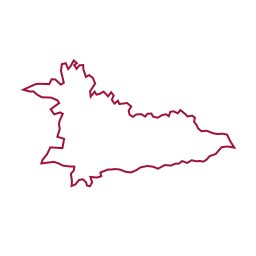 the district of Pinhal de São Bento, Paraná, Brazil, rotated 5°
{"feature_id": "56859067B18957785190727", "entity_name": "Pinhal de São Bento", "entity_type": "district", "adm_level": 2, "iso_a3": "BRA", "parent_name": "Brazil", "parent_adm1": "Paraná", "projection": "robinson", "projection_center": [-53.481, -26.012], "detail": "fine", "context": "isolated", "style": "outline", "palette": "rose", "viewbox_px": 256, "rotation_deg": 5, "n_neighbors": 0, "source": "geoboundaries", "source_scale": "gbopen_adm2", "svg_char_len": 1798}
<svg xmlns="http://www.w3.org/2000/svg" viewBox="0 0 256 256"><g transform="rotate(5 128 128)"><path d="M56.2,76.8L60.1,88.6L57.3,90.6L51.3,86.0L47.6,86.1L45.7,91.1L35.8,91.7L32.3,92.3L27.4,95.0L20.4,99.0L26.8,100.2L30.5,99.8L35.1,103.0L39.6,104.9L48.6,104.4L55.4,106.6L57.3,109.1L49.3,116.1L53.3,120.8L59.0,118.4L61.8,119.6L59.5,126.0L58.8,129.8L60.1,135.0L58.4,142.9L65.3,144.4L64.4,153.7L52.3,154.1L49.7,161.1L45.6,167.2L44.8,170.8L57.2,168.2L62.1,169.4L66.6,171.2L74.3,171.4L77.9,171.1L77.7,175.1L75.1,178.6L76.8,185.9L76.9,190.6L80.5,188.8L83.7,184.1L87.5,183.0L90.9,185.7L92.2,188.9L95.1,189.3L97.0,185.4L94.8,180.0L101.3,180.1L105.5,178.4L104.4,174.8L107.6,173.1L111.7,171.1L115.0,170.8L118.1,170.1L122.7,170.0L126.4,170.9L129.3,171.8L135.0,172.0L139.9,169.3L144.0,166.1L150.6,164.2L156.0,164.3L161.4,165.9L167.9,161.7L174.1,161.7L178.0,159.5L181.9,159.0L184.8,156.2L189.9,157.7L194.1,154.6L199.2,155.2L202.2,154.6L206.0,154.9L208.8,152.9L211.9,148.8L217.6,146.3L222.8,139.1L227.0,138.0L230.3,137.8L235.6,138.3L231.4,132.8L227.3,126.0L223.0,125.4L217.6,126.2L213.2,125.8L206.7,123.9L201.4,124.8L198.0,122.4L195.8,118.8L193.3,116.1L193.7,111.9L190.9,110.1L186.3,111.3L183.8,109.1L178.6,105.6L176.2,109.1L172.0,107.4L168.7,108.2L167.6,112.7L164.5,111.0L160.9,112.2L156.5,115.2L152.1,114.5L150.0,111.6L146.2,112.1L144.1,115.1L140.2,113.1L135.0,113.8L131.9,116.5L128.4,114.6L127.2,110.6L129.3,106.2L124.9,103.2L120.3,104.2L117.3,104.9L115.6,101.7L112.4,104.9L109.4,101.3L110.9,96.9L108.1,93.9L105.4,98.2L100.5,93.9L96.7,96.5L93.7,97.5L91.6,94.7L88.1,100.0L87.0,94.8L91.4,86.6L88.7,81.2L84.7,78.7L81.6,80.8L80.1,77.2L78.5,73.8L77.9,69.2L74.1,69.8L71.7,73.5L68.9,70.1L71.3,67.9L68.1,65.4L65.3,71.7L63.2,74.5L60.4,68.9L56.6,70.1L56.2,76.8Z" fill="none" stroke="#9f1239" stroke-width="2"/></g></svg>